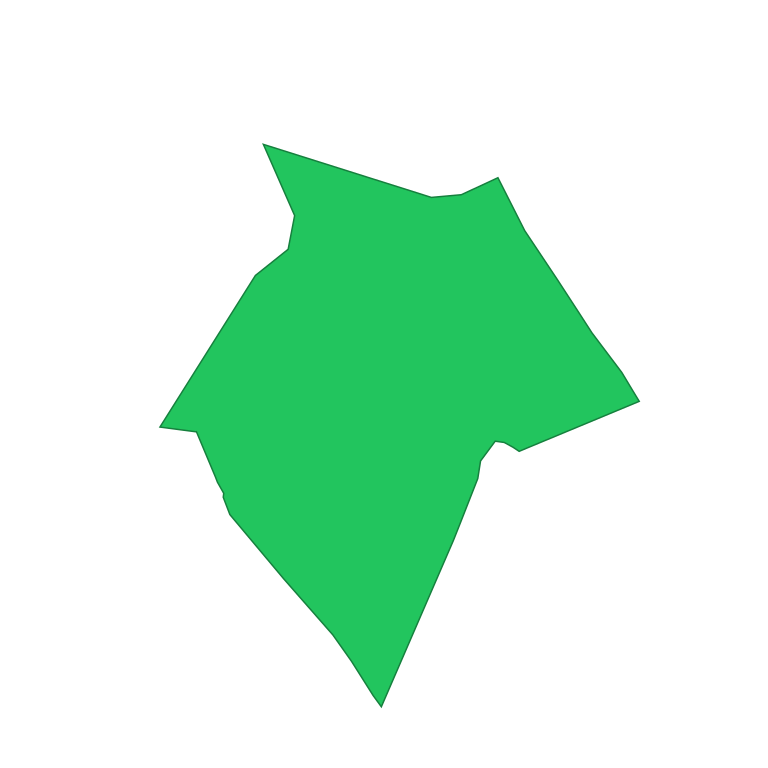 Moughataa d'Enneama, Hodh ech Chargui, Mauritania, rotated 326°
{"feature_id": "47542326B75019227159374", "entity_name": "Moughataa d'Enneama", "entity_type": "district", "adm_level": 2, "iso_a3": "MRT", "parent_name": "Mauritania", "parent_adm1": "Hodh ech Chargui", "projection": "robinson", "projection_center": [-7.374, 16.407], "detail": "fine", "context": "isolated", "style": "filled", "palette": "green", "viewbox_px": 768, "rotation_deg": 326, "n_neighbors": 0, "source": "geoboundaries", "source_scale": "gbopen_adm2", "svg_char_len": 663}
<svg xmlns="http://www.w3.org/2000/svg" viewBox="0 0 768 768"><g transform="rotate(326 384 384)"><path d="M585.9,541.1L586.5,528.5L587.6,507.4L585.0,457.9L585.4,437.3L586.1,394.5L586.4,335.6L593.8,276.7L553.9,270.3L527.6,255.8L418.0,117.9L404.1,194.4L379.9,218.7L338.1,222.1L261.0,256.1L174.2,294.4L174.7,294.9L201.3,318.4L201.8,318.6L201.8,318.8L192.2,367.1L191.0,372.3L190.0,385.0L187.4,388.0L183.2,406.1L191.9,489.4L201.3,563.4L202.0,595.5L200.8,636.3L201.3,650.1L353.6,552.8L356.7,550.7L370.3,541.4L408.9,514.8L421.0,501.8L444.2,493.6L451.0,499.7L455.6,508.6L458.4,515.4L466.5,517.0L585.9,541.1Z" fill="#22c55e" stroke="#15803d" stroke-width="1.5"/></g></svg>